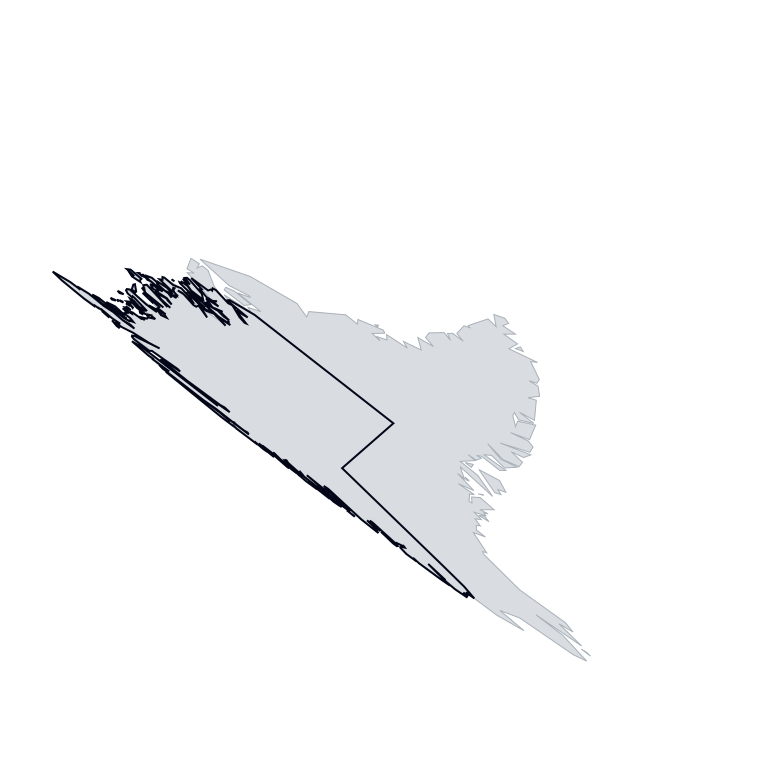 Nationalparken on a map of Greenland (Equal Earth projection), rotated 218°
{"feature_id": "GRL-2742", "entity_name": "Nationalparken", "entity_type": "state/province", "adm_level": 1, "iso_a3": "GRL", "parent_name": "Greenland", "parent_adm1": "", "projection": "equal_earth", "projection_center": [-27.197, 77.317], "detail": "fine", "context": "in_parent", "style": "outline", "palette": "ink", "viewbox_px": 768, "rotation_deg": 218, "n_neighbors": 0, "source": "natural_earth", "source_scale": "10m", "svg_char_len": 9865}
<svg xmlns="http://www.w3.org/2000/svg" viewBox="0 0 768 768"><g transform="rotate(218 384 384)"><path d="M518.6,258.1L562.0,259.5L497.2,260.3L496.8,260.8L569.0,259.9L606.8,262.6L519.1,265.4L568.9,265.7L577.9,267.3L611.2,266.0L590.6,272.7L627.1,267.7L650.2,269.0L683.7,266.7L713.7,268.5L658.2,273.9L667.0,274.8L661.3,275.9L622.5,277.5L635.4,283.2L612.7,286.9L606.7,294.1L631.1,294.0L618.2,294.8L642.8,297.7L644.3,300.5L597.7,302.5L628.2,307.3L632.7,315.8L602.6,316.4L616.5,316.8L618.2,320.9L627.7,317.7L636.2,323.7L615.5,326.0L606.2,324.7L608.2,322.4L605.7,321.6L601.9,324.3L624.3,328.6L621.6,332.4L602.3,334.4L566.2,328.6L574.7,331.7L546.5,332.7L554.8,334.6L543.2,335.8L582.0,333.0L606.0,338.0L603.6,346.5L583.1,342.4L576.5,336.8L553.5,340.2L574.5,338.2L575.9,342.4L570.1,343.6L607.6,350.6L601.9,354.5L610.2,353.5L613.5,364.2L603.5,365.0L602.7,360.4L599.9,365.3L592.5,365.1L577.8,356.3L562.5,352.5L548.6,351.9L565.0,355.9L533.4,358.9L538.3,360.7L525.5,365.2L555.4,365.7L542.3,370.0L545.1,370.4L566.8,366.2L605.8,369.1L555.8,386.3L502.1,393.9L486.2,389.2L487.8,394.8L456.8,414.9L441.8,414.8L444.3,418.8L417.6,426.1L414.7,424.5L424.4,416.6L413.8,415.5L418.6,417.1L408.8,420.5L412.3,424.5L387.8,426.6L394.8,429.5L375.6,433.7L385.9,441.4L368.2,443.9L379.9,446.3L380.0,452.0L368.3,461.5L358.6,459.4L365.0,462.8L361.1,466.2L348.0,466.5L357.7,468.7L356.8,479.2L350.5,481.2L353.7,481.8L342.1,499.3L330.9,498.2L340.2,506.4L329.4,510.2L323.1,508.5L326.3,503.1L311.1,504.2L320.3,497.1L303.5,497.8L307.2,488.7L276.3,495.5L282.2,492.0L264.3,483.1L264.0,478.7L271.6,475.9L261.2,477.1L253.8,470.1L262.2,461.8L254.0,465.0L243.1,448.0L259.8,445.1L241.7,445.2L255.9,438.6L263.6,441.8L263.0,438.3L254.1,431.4L255.8,437.0L239.1,445.0L235.1,429.7L254.3,423.6L235.3,427.9L227.8,426.1L227.0,420.0L256.1,409.0L224.6,418.6L228.7,412.0L242.0,409.0L226.6,407.6L226.7,402.1L243.4,397.7L265.4,400.7L245.6,396.7L227.9,400.4L237.2,392.1L255.3,394.0L261.4,389.9L234.7,390.9L239.8,387.1L262.5,387.2L267.0,384.8L261.5,385.5L264.6,380.7L274.1,380.2L265.0,379.8L276.2,370.0L253.7,369.7L229.2,362.3L273.1,365.7L262.2,358.7L270.9,358.8L247.6,355.3L264.2,351.2L244.7,352.4L248.8,349.9L244.7,343.9L241.4,344.4L245.4,348.9L238.3,353.7L219.8,352.7L231.1,344.0L222.0,345.8L225.9,344.0L222.7,342.9L233.9,338.5L223.8,337.1L229.1,333.8L220.7,331.5L224.3,329.5L221.2,325.8L209.9,325.9L222.1,322.0L199.1,314.2L203.1,312.8L200.7,311.2L150.4,305.3L94.0,307.6L82.4,304.9L98.5,302.8L67.0,299.2L122.1,295.7L88.4,296.0L53.7,290.4L68.1,287.2L132.8,283.2L153.3,276.9L121.8,275.8L152.3,271.3L185.2,270.5L189.2,267.1L197.7,266.1L236.7,269.2L210.1,265.8L260.4,263.9L269.3,264.8L269.6,267.6L275.4,266.4L276.3,264.0L312.3,266.1L297.9,263.3L307.9,263.3L362.7,266.9L367.8,263.3L355.2,261.9L399.0,261.9L345.8,260.9L410.1,259.2L432.8,260.7L435.2,259.9L426.9,259.0L518.6,258.1ZM229.8,366.6L256.5,375.0L233.5,379.1L221.3,373.7L229.1,371.0L223.8,368.8L229.8,366.6ZM567.8,359.7L568.2,362.8L558.8,365.1L537.6,364.7L542.5,359.8L567.8,359.7ZM361.7,265.3L342.2,263.9L336.2,262.6L361.6,263.2L361.7,265.3ZM651.0,277.4L638.5,279.4L633.4,278.6L651.0,277.4ZM649.4,313.7L656.5,317.1L639.8,316.8L640.0,314.5L649.4,313.7ZM642.4,308.0L636.5,304.7L636.6,302.4L640.2,302.9L642.4,308.0ZM228.5,338.8L223.5,341.7L216.6,340.1L228.5,338.8ZM637.1,266.5L633.3,266.6L627.1,265.3L630.2,265.0L637.1,266.5ZM271.6,372.1L264.1,375.6L263.7,372.1L271.6,372.1ZM636.6,288.6L634.8,292.3L632.5,289.2L636.6,288.6ZM65.4,296.6L58.6,297.3L53.8,296.7L65.4,296.6ZM242.1,355.5L237.8,357.9L237.3,357.4L242.1,355.5ZM650.2,294.1L644.9,294.4L650.6,293.0L650.2,294.1ZM302.2,492.9L299.3,497.2L294.3,495.3L302.2,492.9ZM262.9,360.5L257.8,360.3L257.5,359.9L259.8,359.1L262.9,360.5ZM427.5,425.2L424.5,426.9L424.3,424.7L427.5,425.2Z" fill="#d9dde1" stroke="#a8b0b8" stroke-width="1"/><path d="M557.3,355.0L528.5,358.8L352.4,358.8L365.2,291.9L228.0,277.3L196.1,273.7L180.8,270.6L191.1,270.4L187.1,269.2L193.0,268.4L186.8,267.0L201.6,266.0L214.3,266.4L215.6,267.4L238.4,269.4L208.0,265.7L220.4,265.0L245.4,264.3L254.1,264.9L249.2,264.2L261.6,263.8L270.4,265.1L270.5,266.2L266.8,267.9L268.0,268.3L270.2,268.4L268.4,268.2L276.5,266.4L276.5,265.5L307.8,267.8L311.1,267.6L296.3,266.0L313.4,266.1L301.7,264.9L296.7,263.1L318.6,263.3L363.4,267.0L368.7,266.6L360.9,265.7L366.6,265.1L362.5,264.7L365.1,264.2L388.7,264.6L372.8,263.9L374.0,263.6L353.0,261.8L391.9,261.8L390.6,262.1L396.2,263.2L396.2,262.4L393.5,262.0L396.8,261.9L410.8,262.8L413.8,263.8L415.7,263.1L413.1,262.8L414.6,262.5L413.8,262.2L403.1,261.8L350.9,261.4L341.5,260.9L350.9,261.1L343.5,260.7L351.2,260.2L360.1,261.0L378.3,261.1L356.0,260.1L383.8,260.2L371.9,259.8L385.9,259.4L395.9,259.9L393.4,260.3L396.2,260.0L406.3,260.7L419.4,260.9L427.8,261.9L429.3,261.5L422.4,260.8L442.1,260.6L426.1,260.4L446.2,260.0L427.4,259.7L425.6,259.5L427.4,259.2L425.7,258.7L436.6,259.0L434.1,258.7L439.1,258.4L450.8,259.0L446.2,258.4L472.7,258.0L478.2,258.6L475.6,258.1L492.2,257.8L563.5,259.3L495.5,260.4L482.2,259.9L492.1,260.5L459.3,261.1L462.6,261.2L460.7,261.9L466.3,261.1L476.0,261.1L478.1,261.3L477.4,261.7L480.4,260.9L500.6,261.0L517.1,260.1L568.0,259.9L572.9,260.7L560.9,261.7L581.5,261.1L582.4,261.2L580.5,261.3L582.0,261.6L580.5,261.8L587.2,261.4L608.9,262.5L597.3,263.9L582.1,264.2L501.3,264.5L518.9,265.2L488.2,266.8L495.2,267.4L500.2,266.6L541.4,265.4L574.4,265.8L573.6,266.9L552.3,268.3L555.9,268.8L587.3,267.2L589.4,265.6L608.4,265.3L611.9,266.2L612.3,267.1L610.0,268.3L582.7,273.9L594.5,271.7L613.3,269.9L626.2,267.3L633.9,267.8L629.0,269.1L638.8,268.4L653.4,268.9L652.6,268.5L656.9,268.2L654.6,268.0L660.5,267.7L660.2,267.0L672.7,266.6L701.4,267.3L714.3,268.6L693.9,271.2L681.2,271.4L685.8,272.0L672.3,273.5L653.0,273.0L641.6,274.0L629.3,273.4L614.8,274.0L620.1,274.6L629.2,273.5L644.5,274.4L656.7,273.9L669.0,274.9L661.8,276.2L629.5,275.9L622.2,276.9L624.4,277.0L619.7,278.6L624.6,279.7L632.7,279.5L628.8,283.2L632.2,281.7L632.7,282.5L636.6,282.8L626.0,284.2L627.3,285.2L626.1,285.6L614.4,286.0L615.8,286.5L611.9,287.1L615.8,287.4L611.1,289.6L611.0,291.3L604.2,294.4L609.8,294.5L608.6,295.4L615.2,292.1L635.0,294.3L636.7,294.9L632.7,295.6L624.5,294.2L616.6,294.6L622.6,295.6L620.6,296.0L615.6,295.6L633.8,298.3L636.1,298.3L635.8,297.2L641.8,297.6L645.0,299.0L645.1,300.5L642.5,302.0L620.5,300.3L607.2,300.8L617.6,301.2L608.5,302.8L602.1,301.0L596.2,302.4L600.9,303.9L602.8,302.8L606.5,303.3L603.4,303.6L607.7,304.3L598.9,304.5L609.0,304.5L608.4,306.3L622.0,307.2L615.3,305.6L630.3,307.2L623.8,308.5L604.9,308.5L627.5,309.0L634.2,310.8L631.3,311.2L634.5,313.7L632.0,316.2L602.0,311.3L611.6,313.3L599.3,312.5L611.3,313.5L621.7,316.2L614.3,316.4L607.9,317.6L606.0,316.7L600.3,315.9L600.6,316.0L607.8,317.9L619.9,316.8L619.1,319.0L620.9,320.0L615.3,320.6L631.0,321.4L634.4,320.4L636.0,320.8L634.7,321.6L639.4,322.4L632.3,324.8L625.8,324.4L623.8,322.7L613.9,322.5L609.7,322.7L604.6,321.2L608.2,323.0L600.4,324.0L604.9,324.2L601.9,325.5L603.8,326.0L600.3,326.3L605.9,327.1L608.0,328.6L608.0,330.6L609.3,330.1L608.6,328.4L606.8,327.3L608.2,326.6L625.3,328.3L622.7,329.8L624.4,331.9L622.6,332.6L611.3,332.2L602.7,334.6L589.7,332.7L583.1,330.1L598.6,331.6L604.1,330.8L597.0,331.4L582.7,328.9L579.6,329.3L578.3,331.7L564.3,327.5L575.8,331.8L568.9,332.3L561.3,334.7L544.7,332.4L556.4,334.7L541.3,335.8L545.0,336.0L544.1,338.0L546.6,335.9L555.9,335.2L571.7,336.3L570.8,337.8L560.0,339.5L552.1,338.5L545.2,338.8L557.5,340.0L555.7,341.6L566.4,338.8L577.0,341.9L562.1,343.2L569.2,343.6L566.5,346.4L570.4,343.9L577.6,343.2L587.3,345.4L586.1,346.5L601.1,348.8L580.2,349.4L578.6,351.9L576.9,351.8L577.9,353.9L574.3,354.5L556.5,351.7L552.1,352.7L538.9,347.7L531.4,346.4L530.0,346.8L545.8,350.8L532.4,352.5L559.1,353.3L557.3,355.0ZM347.1,262.2L366.6,263.8L359.7,264.5L363.1,265.2L359.9,265.4L332.1,262.5L347.1,262.2ZM607.3,343.2L598.1,343.0L606.3,344.9L604.6,346.4L600.9,346.3L583.2,343.0L578.2,339.0L593.6,338.9L607.3,343.2ZM577.7,336.7L564.2,335.2L569.5,333.0L578.3,332.8L592.6,334.8L572.6,333.8L572.1,334.0L596.2,335.6L577.7,336.7ZM630.4,278.6L648.1,277.0L653.3,277.6L643.8,279.6L630.4,278.6ZM607.4,339.9L599.1,340.3L593.2,338.5L577.0,337.7L592.3,336.4L606.8,337.8L607.7,338.3L604.4,339.1L607.4,339.9ZM622.0,323.1L626.7,325.2L614.0,326.2L605.8,324.7L614.0,322.6L622.0,323.1ZM657.3,316.2L654.1,318.1L639.9,317.5L640.2,315.0L638.9,314.4L648.8,313.6L651.7,314.6L647.3,315.4L657.3,316.2ZM273.4,264.8L274.0,264.1L278.8,264.0L295.1,265.7L273.4,264.8ZM642.7,307.9L641.7,309.3L636.2,304.3L636.3,303.4L639.9,303.3L636.4,302.1L640.8,302.7L642.7,307.9ZM629.7,318.5L626.2,320.3L620.1,319.2L620.8,317.5L623.7,317.0L628.0,317.5L625.6,318.4L629.7,318.5ZM637.5,266.7L626.6,265.2L630.7,265.2L637.5,266.7ZM408.7,259.0L427.8,260.1L406.8,259.3L408.7,259.0ZM408.0,259.9L421.0,260.3L417.0,260.7L408.0,259.9ZM637.8,276.8L627.2,277.2L630.9,276.2L637.8,276.8ZM404.7,259.9L415.0,260.8L398.1,259.9L404.7,259.9ZM651.3,293.4L644.4,294.5L648.3,292.9L651.3,293.4ZM625.4,291.9L633.8,293.2L620.1,292.2L625.4,291.9ZM636.7,288.5L635.3,289.5L637.2,290.2L633.1,290.1L632.8,289.1L636.7,288.5ZM651.3,267.8L642.0,267.4L641.3,267.2L651.3,267.8ZM335.5,261.6L326.2,261.7L325.4,261.4L335.5,261.6ZM635.4,286.3L631.4,286.6L629.0,286.1L633.8,284.9L635.0,285.0L633.3,285.9L635.1,286.0L632.6,286.1L635.4,286.3ZM652.5,283.6L649.6,284.2L648.1,284.7L646.6,284.7L650.3,283.1L652.5,283.6ZM642.0,321.0L641.0,321.8L636.6,321.4L640.0,320.5L642.0,321.0ZM635.0,292.4L632.6,290.7L637.6,290.7L635.0,292.4ZM574.6,338.1L573.5,339.5L568.7,338.8L570.9,338.3L574.6,338.1ZM621.1,290.8L618.8,290.8L616.4,290.5L620.1,289.9L621.1,290.8ZM632.2,290.2L629.0,289.8L628.9,289.2L632.2,290.2ZM644.0,287.2L641.1,287.9L639.5,287.7L642.3,287.1L644.0,287.2ZM611.9,292.8L610.9,292.3L613.6,292.0L611.9,292.8ZM644.2,286.6L644.6,285.7L646.4,286.1L644.2,286.6ZM645.9,320.2L644.8,321.0L643.5,320.1L644.8,320.2L645.9,320.2ZM612.4,335.9L615.4,335.7L615.8,335.8L612.4,335.9Z" fill="none" stroke="#020617" stroke-width="2"/></g></svg>